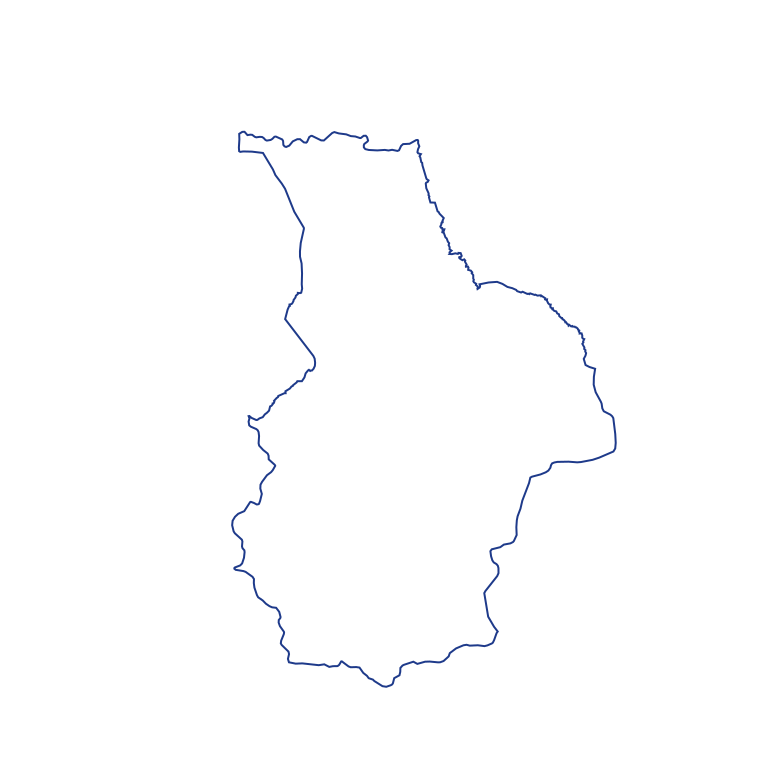 outline of Ban Thi, Lamphun, Thailand, rotated 70°
{"feature_id": "78962969B75208473855809", "entity_name": "Ban Thi", "entity_type": "district", "adm_level": 2, "iso_a3": "THA", "parent_name": "Thailand", "parent_adm1": "Lamphun", "projection": "albers", "projection_center": [99.132, 18.647], "detail": "fine", "context": "isolated", "style": "outline", "palette": "blue", "viewbox_px": 768, "rotation_deg": 70, "n_neighbors": 0, "source": "geoboundaries", "source_scale": "gbopen_adm2", "svg_char_len": 6162}
<svg xmlns="http://www.w3.org/2000/svg" viewBox="0 0 768 768"><g transform="rotate(70 384 384)"><path d="M655.5,361.8L649.8,363.6L638.3,365.7L614.8,361.3L613.2,359.5L603.2,343.3L600.9,341.1L596.1,339.4L593.7,339.2L591.7,339.9L589.2,341.9L586.8,342.5L582.5,342.3L577.5,341.2L576.2,339.3L577.1,330.5L575.9,326.3L577.0,319.7L576.6,316.8L576.0,315.7L571.3,311.0L563.8,308.6L557.5,305.8L554.0,303.7L547.8,298.4L540.9,293.9L526.7,281.6L522.0,278.5L521.7,276.7L522.5,267.9L522.3,262.2L521.6,259.2L519.6,256.3L517.5,254.9L516.1,253.2L516.0,250.8L516.5,247.7L520.1,237.2L523.7,229.2L524.7,225.6L526.6,213.9L526.8,207.0L525.9,191.5L523.7,188.8L518.6,186.4L510.1,183.8L494.5,180.2L492.4,180.6L490.3,181.7L484.8,186.8L481.6,187.2L476.8,186.2L474.7,186.3L464.1,187.9L456.4,187.2L449.0,184.3L441.9,180.4L438.3,185.1L435.1,188.1L428.7,187.7L426.3,185.0L424.1,183.5L422.3,183.8L421.1,183.1L419.5,183.9L418.2,183.2L414.1,183.9L413.1,182.4L412.2,182.4L410.3,180.5L409.7,181.3L408.3,181.9L406.3,181.1L404.0,181.0L403.5,182.9L402.7,182.5L401.4,183.0L400.5,182.2L399.3,183.1L398.3,183.0L396.6,183.9L396.2,184.8L395.4,185.1L394.5,187.2L393.9,187.3L393.9,188.4L391.8,189.7L392.2,190.6L391.0,190.5L390.3,191.3L388.2,191.8L388.1,192.5L386.3,192.6L384.6,193.5L384.3,194.1L382.9,194.1L382.7,194.7L380.1,196.1L378.4,195.7L376.9,197.1L374.7,197.3L373.5,199.0L371.9,199.8L370.9,199.5L371.0,200.3L369.8,200.4L369.1,201.3L368.0,201.2L366.4,200.2L365.9,201.3L364.3,202.1L361.2,202.4L360.3,201.9L360.1,203.2L359.6,203.7L358.6,203.1L355.4,205.5L355.3,206.3L354.3,206.3L353.4,209.6L351.8,211.2L351.8,212.0L348.8,215.7L349.3,216.7L348.4,217.7L348.4,218.5L344.7,222.2L344.9,223.9L342.3,227.1L340.8,227.6L337.8,230.7L335.0,234.8L330.4,238.5L326.7,242.8L324.4,250.9L323.0,260.1L324.7,260.1L326.0,261.0L326.7,263.6L326.1,263.5L326.0,262.7L324.4,262.6L322.3,263.8L321.4,263.1L319.2,264.7L317.9,264.9L316.8,263.9L315.5,264.1L312.2,262.9L309.8,263.7L309.2,262.9L307.2,263.6L305.5,265.9L303.5,264.8L302.3,265.0L301.8,266.9L301.1,266.7L300.0,265.5L296.7,266.1L295.8,265.4L294.3,266.0L294.5,267.9L292.6,269.5L291.1,270.2L290.5,269.8L291.0,268.4L290.2,267.2L287.2,267.2L286.3,269.1L287.0,269.4L287.0,270.1L285.6,272.3L285.2,275.8L284.2,278.0L283.8,277.4L282.7,277.4L281.8,274.9L279.8,276.3L277.8,275.5L275.6,275.8L274.0,274.6L272.1,275.3L268.6,275.3L267.3,276.1L262.4,276.1L261.4,277.3L260.5,276.8L260.6,275.4L259.3,274.4L258.6,276.2L257.3,276.0L256.5,277.1L255.2,277.2L253.9,275.7L252.4,275.0L252.2,273.7L251.2,273.7L250.9,273.0L250.3,272.9L248.5,271.1L242.9,273.6L241.1,273.8L240.1,274.6L231.0,274.1L229.3,278.3L224.0,277.9L223.3,277.2L221.6,277.6L220.8,277.0L219.6,276.9L214.5,277.3L209.9,276.2L209.3,275.6L209.0,273.7L207.9,272.5L206.1,273.8L205.1,273.9L191.7,273.1L189.2,272.5L188.2,273.1L183.5,272.4L182.1,272.7L180.6,270.7L178.9,273.0L177.6,273.3L175.1,271.8L172.7,269.5L169.4,269.6L167.2,268.7L166.2,268.9L165.8,270.3L167.0,277.8L165.1,284.0L166.1,286.5L169.5,289.9L169.6,291.6L166.7,296.3L166.1,299.9L164.3,303.2L162.2,310.4L158.9,318.2L156.9,321.2L154.8,322.0L152.7,321.3L151.7,320.4L150.5,316.6L149.8,315.7L146.3,315.5L144.5,316.2L143.8,318.2L144.9,321.6L144.7,322.4L141.6,326.3L139.7,330.4L136.5,334.1L133.1,340.7L130.3,344.5L130.4,346.8L134.6,357.2L133.6,359.7L126.2,366.8L125.9,367.6L126.4,369.8L130.2,373.5L130.6,374.6L129.5,376.7L125.2,379.2L124.3,381.8L124.8,386.7L127.6,391.5L127.8,394.9L126.7,396.2L124.9,396.8L121.1,395.7L119.4,396.0L114.5,401.0L114.2,402.4L115.5,405.1L115.9,407.1L115.2,410.8L114.2,411.9L111.6,413.0L110.2,414.1L109.3,416.1L108.5,419.7L107.5,420.9L104.8,422.6L104.0,424.3L103.4,427.2L99.3,428.8L98.6,430.9L99.4,434.5L104.6,436.2L112.2,439.5L115.7,440.5L116.7,439.7L117.3,436.8L120.5,428.6L125.5,418.7L144.4,415.0L150.6,414.6L160.7,411.5L166.7,410.2L191.4,409.4L209.7,405.9L210.8,406.2L223.0,414.0L230.6,417.6L235.7,419.4L242.5,420.2L252.1,423.2L262.2,427.2L266.4,428.3L269.9,430.6L269.9,431.8L268.9,433.8L270.0,434.2L270.9,436.6L272.4,437.6L274.2,440.3L275.0,440.6L276.9,442.7L277.2,443.7L277.0,445.6L278.4,445.7L278.4,446.5L281.1,449.1L289.2,454.7L333.4,440.8L336.5,440.5L340.6,441.5L343.4,442.8L345.6,445.0L346.7,447.1L346.3,448.1L346.5,448.9L345.0,449.7L345.3,450.8L347.2,454.0L350.6,456.5L353.3,460.2L351.7,464.5L352.6,465.5L354.0,469.8L354.6,470.3L354.7,471.7L356.1,474.1L357.1,479.1L359.0,479.6L358.6,480.7L359.1,487.5L360.1,488.2L360.4,489.6L362.2,493.1L363.0,493.0L364.2,494.1L364.2,495.3L364.9,495.4L366.0,497.2L366.1,498.7L369.7,501.1L371.0,503.8L371.8,506.4L373.7,509.3L373.7,512.8L374.4,515.2L374.1,516.4L370.6,520.0L368.0,521.5L367.9,522.2L370.3,522.2L373.0,524.1L376.8,524.8L378.6,523.7L382.7,519.4L384.3,518.5L386.3,518.3L390.2,519.2L396.8,522.1L399.2,522.4L404.7,520.1L409.6,517.1L411.9,517.0L415.4,518.1L422.6,514.3L423.7,514.2L426.9,518.0L428.2,520.2L429.7,525.2L434.2,532.0L436.4,534.5L440.0,536.0L445.5,536.4L451.6,540.5L453.9,542.5L454.0,543.6L453.6,544.9L451.3,546.9L449.2,549.4L449.2,550.2L455.7,558.8L456.1,565.4L457.8,569.4L460.7,573.0L464.8,575.0L471.1,575.7L473.3,575.2L481.7,570.8L483.5,570.9L488.1,573.0L490.0,573.1L492.5,572.1L494.3,572.5L499.4,575.0L504.1,578.7L505.3,581.2L505.4,586.9L505.7,587.5L506.4,587.8L507.9,586.9L511.7,580.1L513.2,578.3L520.2,573.5L522.8,572.9L526.5,574.4L531.0,575.4L538.9,575.6L541.4,575.2L545.9,572.0L550.1,570.1L553.6,567.6L555.6,565.5L557.4,561.9L562.3,560.4L567.6,560.9L568.5,561.5L569.8,563.6L572.2,564.6L576.0,564.6L582.5,562.8L583.4,562.9L584.8,563.7L590.0,568.4L592.5,569.7L594.2,569.4L602.8,565.3L605.3,565.6L609.5,568.3L613.0,568.5L616.6,562.6L618.6,556.3L625.9,541.5L627.0,536.0L631.1,532.2L631.7,528.5L633.2,524.1L632.6,522.2L630.1,519.2L630.2,518.5L637.3,513.9L638.8,512.1L640.5,506.9L642.1,504.0L648.4,502.3L652.4,499.8L655.2,499.0L658.0,495.5L659.8,494.7L667.4,488.8L669.3,485.4L669.4,480.7L669.1,479.1L668.3,478.0L663.9,475.0L663.0,469.1L660.1,467.2L656.4,465.7L654.9,462.9L654.7,461.3L655.0,451.4L658.4,448.4L659.0,440.4L660.4,436.1L664.1,428.3L664.7,426.4L664.7,422.8L662.1,416.4L659.4,414.2L657.1,406.7L656.7,398.7L657.3,395.6L659.2,392.9L661.6,385.2L664.7,379.2L665.0,376.2L664.7,371.3L664.3,370.2L662.4,368.2L656.6,363.4L655.5,361.8Z" fill="none" stroke="#1e3a8a" stroke-width="2"/></g></svg>